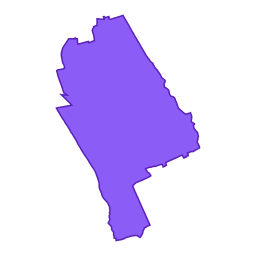 outline of Hoceni, Vaslui, Romania, rotated 180°
{"feature_id": "2599482B41865745609486", "entity_name": "Hoceni", "entity_type": "district", "adm_level": 2, "iso_a3": "ROU", "parent_name": "Romania", "parent_adm1": "Vaslui", "projection": "equal_earth", "projection_center": [27.99, 46.533], "detail": "fine", "context": "isolated", "style": "filled", "palette": "violet", "viewbox_px": 256, "rotation_deg": 180, "n_neighbors": 0, "source": "geoboundaries", "source_scale": "gbopen_adm2", "svg_char_len": 5755}
<svg xmlns="http://www.w3.org/2000/svg" viewBox="0 0 256 256"><g transform="rotate(180 128 128)"><path d="M152.6,239.3L152.3,238.6L151.9,237.3L151.9,236.7L156.0,236.9L157.6,237.2L159.0,237.2L158.9,234.1L159.1,230.6L162.3,229.4L162.1,228.9L162.5,228.4L162.9,227.8L163.8,225.7L162.2,220.2L162.0,218.9L161.9,217.7L161.7,216.9L161.6,215.7L161.6,215.3L162.8,215.0L167.1,213.2L167.6,214.6L175.1,212.6L178.1,211.8L178.1,212.0L178.2,212.6L178.4,213.2L178.5,214.1L178.6,214.9L178.4,215.9L178.7,216.3L178.8,216.5L178.8,217.3L180.0,217.3L180.6,217.8L180.7,218.0L180.8,218.1L180.9,217.8L180.8,217.3L187.3,217.2L190.1,212.8L192.6,209.1L193.4,207.6L193.6,206.8L193.8,206.1L194.0,205.4L194.4,204.2L194.5,203.8L194.5,203.5L194.3,203.3L194.3,202.9L194.7,202.2L194.8,201.9L194.6,201.2L194.7,200.5L194.6,199.9L194.5,199.5L193.3,193.2L191.9,190.7L191.6,189.1L191.5,187.6L193.0,187.1L195.6,186.5L198.1,186.1L198.3,186.1L198.6,185.8L198.9,185.6L199.2,185.5L199.3,185.2L199.3,184.9L199.1,184.4L199.0,184.1L198.3,181.2L197.8,179.3L197.3,177.9L197.1,177.6L196.6,175.9L194.9,171.5L192.7,164.9L192.2,163.1L190.9,162.7L190.2,161.8L189.0,160.9L193.3,161.2L194.8,161.4L187.4,154.2L184.2,150.8L189.0,149.9L198.7,148.2L198.9,148.1L199.6,147.9L199.4,147.6L198.7,146.3L198.4,145.6L196.8,143.1L195.9,141.4L195.4,140.7L194.8,139.6L193.5,137.5L191.9,135.3L191.2,133.9L188.0,129.1L187.1,127.6L186.7,126.8L186.3,126.3L184.8,123.3L184.3,122.8L183.7,122.0L183.4,121.6L182.3,119.5L181.7,118.6L181.3,117.9L181.0,117.6L180.7,117.1L179.7,115.4L178.6,113.2L178.2,112.1L177.6,111.2L175.6,108.1L175.2,107.2L174.3,105.7L172.9,103.4L172.6,102.9L170.4,99.6L168.1,96.3L167.8,95.7L167.5,95.3L166.3,93.1L164.2,89.8L162.2,87.0L160.7,84.3L159.7,81.7L159.1,80.1L158.8,79.0L158.5,78.6L158.4,77.7L157.8,76.3L157.7,75.8L157.3,74.4L156.8,72.6L156.8,72.4L156.9,71.4L156.8,70.3L156.8,69.2L156.8,68.6L156.2,66.8L155.3,64.5L154.6,63.0L154.5,62.6L154.4,62.1L154.3,61.9L154.1,61.5L154.1,61.0L154.0,60.7L153.4,59.7L153.3,59.2L153.0,58.8L152.8,58.4L152.5,57.8L151.9,57.2L151.7,56.9L151.5,56.7L151.3,56.5L150.6,55.7L149.7,54.8L149.0,54.0L148.4,53.2L147.7,51.9L147.5,51.2L147.4,51.0L147.1,50.6L146.4,49.3L146.4,48.4L146.5,48.0L146.3,47.2L146.2,46.5L146.0,44.8L146.2,44.1L146.6,43.6L146.7,43.4L146.6,43.1L146.2,42.7L146.0,42.1L146.1,41.5L146.6,41.1L146.8,40.1L146.7,39.3L146.9,38.9L146.5,38.1L146.3,37.6L146.1,36.7L146.8,34.8L147.6,33.6L147.8,33.2L147.7,32.8L147.4,32.6L147.0,31.9L146.7,31.6L146.4,31.2L146.2,31.1L145.5,30.6L145.3,30.3L144.6,29.3L144.5,29.1L144.4,28.7L144.4,28.4L144.4,26.8L143.8,25.5L143.2,24.9L142.9,24.5L142.6,23.9L142.4,23.2L142.3,22.7L142.5,21.2L142.1,20.3L142.0,19.6L141.7,18.6L141.9,18.0L141.2,17.9L140.5,17.8L140.3,17.6L140.1,17.3L139.9,17.0L140.0,16.3L139.9,15.4L138.8,15.7L135.6,16.2L134.6,16.4L131.4,17.5L130.9,17.9L130.5,18.1L130.3,18.3L128.8,18.8L126.7,19.3L125.0,19.9L123.9,20.1L121.9,20.3L120.7,20.6L119.7,20.5L117.9,20.0L117.0,19.1L116.5,18.8L115.6,18.8L114.2,21.1L113.5,22.5L113.0,24.7L112.7,25.6L112.0,26.6L111.6,28.3L110.3,28.6L109.1,29.5L108.5,29.8L107.6,30.2L106.7,30.6L106.0,31.0L110.0,39.7L111.0,42.2L111.9,44.0L112.8,46.1L113.8,48.2L115.5,52.1L118.3,58.5L119.9,61.8L120.1,62.6L120.6,63.4L122.3,67.5L123.4,69.9L123.3,70.0L122.8,70.7L120.3,73.1L118.3,74.1L117.2,74.4L115.8,75.0L113.9,75.8L106.5,79.3L105.2,80.2L105.2,80.4L105.6,81.2L106.2,82.1L107.2,83.1L107.9,83.5L108.4,84.0L109.7,85.9L110.4,87.2L108.4,88.2L107.6,88.3L106.8,88.6L106.4,88.7L105.0,88.8L103.4,89.3L102.2,89.6L101.4,89.7L101.1,89.7L100.7,89.7L99.7,89.9L99.4,90.0L98.9,90.3L98.2,90.6L97.7,90.7L97.0,91.0L96.1,91.3L93.8,91.7L93.5,90.9L93.2,90.1L93.0,89.8L92.8,89.8L92.7,89.6L92.7,89.1L89.6,90.6L89.8,91.3L89.8,91.6L90.3,93.5L89.2,94.0L88.6,94.2L85.4,95.8L84.7,96.0L82.8,96.9L81.3,97.5L78.2,98.9L76.7,99.7L73.9,100.9L72.9,99.5L72.9,99.4L72.6,98.5L72.4,98.2L71.7,98.5L71.4,98.2L70.9,98.5L70.2,98.7L69.5,99.2L69.7,99.6L68.2,100.4L67.7,100.4L68.0,101.6L68.4,102.6L68.6,103.0L67.2,103.3L66.0,103.9L65.2,104.4L63.4,104.4L62.9,104.4L59.8,106.3L58.0,107.3L56.5,108.1L56.4,108.6L56.5,108.7L57.1,110.7L57.5,111.0L57.6,111.3L57.7,111.9L58.5,113.3L58.8,113.6L58.9,113.9L58.8,114.7L58.3,116.1L58.2,116.4L58.2,116.9L58.0,118.3L57.7,119.0L57.6,119.4L58.2,121.9L58.2,122.7L58.4,123.2L58.7,123.7L59.8,124.8L61.8,127.5L62.1,128.1L62.3,129.0L62.3,129.7L62.5,130.8L62.5,131.2L62.4,131.3L61.5,131.8L61.4,131.9L61.5,132.2L62.0,132.6L63.0,133.1L64.0,133.7L64.5,134.5L64.7,135.2L64.8,135.4L64.8,135.7L64.7,136.2L64.4,137.0L64.3,138.7L64.2,139.2L64.6,140.9L64.9,141.6L65.1,142.0L65.3,142.6L65.5,143.3L66.2,142.9L67.6,142.5L68.3,142.4L68.7,142.1L69.3,142.0L71.0,142.2L72.2,143.1L73.3,143.9L73.9,144.7L75.0,145.4L76.3,146.7L77.3,147.4L77.9,148.7L79.8,154.1L80.7,156.0L81.1,157.6L81.9,158.6L82.8,159.2L83.9,159.6L84.9,159.6L86.1,161.3L86.6,162.0L87.0,165.1L87.4,165.8L88.4,166.9L90.1,168.2L91.5,168.8L91.7,170.2L91.8,171.9L91.5,173.1L90.8,174.6L90.8,175.1L91.2,175.9L93.3,177.5L94.1,178.3L95.3,180.2L95.5,181.1L98.1,184.9L98.7,185.9L99.4,186.5L100.4,187.9L100.9,188.1L101.4,188.8L101.7,189.3L101.8,190.0L102.0,190.4L102.6,190.9L102.7,191.2L103.0,192.3L103.4,192.9L103.8,193.2L105.1,194.1L105.8,195.0L106.2,195.3L106.3,195.5L106.9,196.7L107.9,197.7L108.2,198.1L108.3,198.4L108.5,198.8L109.2,199.5L109.5,199.9L112.4,205.0L114.8,209.0L115.4,210.0L115.7,210.6L118.1,214.8L118.9,215.9L119.0,216.4L120.0,217.9L121.9,221.1L122.1,221.7L122.6,222.4L124.6,225.8L125.2,227.0L126.6,229.4L127.0,230.3L127.5,231.0L127.7,231.5L130.9,236.9L133.0,240.6L134.4,240.2L135.3,239.8L142.5,237.6L144.4,237.0L144.8,236.7L145.3,236.6L145.5,236.6L146.5,237.1L147.0,237.6L147.2,237.8L147.3,238.2L147.2,238.4L147.0,238.5L146.9,238.7L147.1,238.8L147.4,238.7L147.7,239.1L147.6,239.3L150.8,238.4L152.0,239.5L152.6,239.3Z" fill="#8b5cf6" stroke="#5b21b6" stroke-width="1.5"/></g></svg>